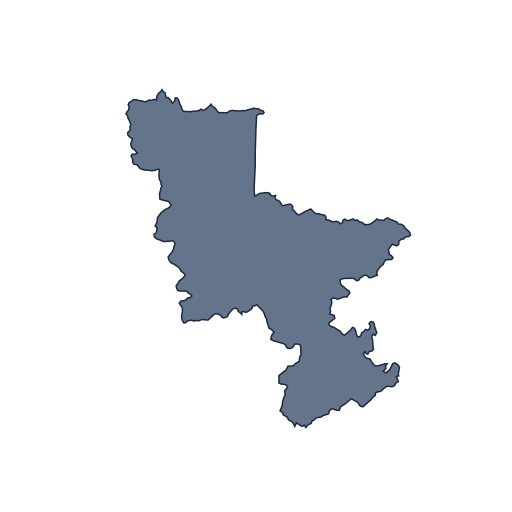 the district of Itaperuna, Rio de Janeiro, Brazil, rotated 209°
{"feature_id": "56859067B34570142953070", "entity_name": "Itaperuna", "entity_type": "district", "adm_level": 2, "iso_a3": "BRA", "parent_name": "Brazil", "parent_adm1": "Rio de Janeiro", "projection": "robinson", "projection_center": [-41.922, -21.215], "detail": "fine", "context": "isolated", "style": "filled", "palette": "slate", "viewbox_px": 512, "rotation_deg": 209, "n_neighbors": 0, "source": "geoboundaries", "source_scale": "gbopen_adm2", "svg_char_len": 6136}
<svg xmlns="http://www.w3.org/2000/svg" viewBox="0 0 512 512"><g transform="rotate(209 256 256)"><path d="M116.8,156.6L115.4,159.3L110.9,160.2L108.3,161.3L108.9,165.2L106.1,170.4L103.6,177.2L101.3,177.4L95.7,177.2L93.8,176.0L91.8,175.2L89.3,176.0L85.8,186.0L85.2,189.4L84.1,191.6L85.1,194.7L81.1,198.5L79.3,204.1L78.1,205.6L76.3,206.6L73.6,207.5L72.0,209.7L72.1,212.4L70.7,215.3L74.8,218.6L73.1,220.3L74.5,222.1L76.5,228.1L78.5,229.5L80.6,229.8L82.7,229.9L84.3,228.0L83.9,224.4L84.0,220.8L85.0,218.9L85.6,216.7L88.8,216.8L87.9,220.8L89.6,222.6L88.9,225.2L90.9,224.3L95.8,219.3L98.1,217.7L100.3,218.0L104.3,219.9L106.2,221.2L110.2,220.2L112.7,221.1L114.6,222.4L114.4,225.2L112.5,224.1L110.7,224.4L110.7,227.3L108.6,229.0L108.0,231.4L110.1,234.0L112.9,238.5L115.8,241.9L115.9,244.2L113.3,244.2L113.2,247.5L115.3,249.3L116.6,250.7L118.3,251.9L119.4,253.8L121.6,255.1L123.7,254.3L124.4,251.7L121.9,250.2L121.4,247.5L122.4,245.2L124.6,244.9L125.3,241.6L126.5,239.9L125.7,237.9L126.2,235.5L128.0,234.6L130.5,236.3L132.5,238.9L135.0,240.6L137.0,240.4L137.5,236.6L140.2,229.6L143.3,229.7L145.5,230.9L148.1,231.1L153.5,231.4L157.6,230.7L159.8,232.0L159.0,234.7L156.8,239.7L158.8,241.9L161.2,241.6L163.2,240.9L164.1,244.1L165.9,246.1L166.2,249.0L167.2,252.3L169.4,254.3L168.3,256.5L166.6,257.4L164.0,257.5L162.1,259.5L160.4,261.7L158.6,263.2L156.5,264.3L156.4,266.8L155.9,269.0L157.7,270.5L162.1,270.9L164.3,271.6L166.7,271.8L168.6,272.8L170.9,275.4L169.9,277.4L167.9,279.2L160.0,283.7L155.7,283.2L154.2,285.2L154.3,287.2L153.3,288.8L152.3,291.1L150.7,292.4L148.5,292.7L146.9,291.8L144.7,292.9L142.1,296.4L140.5,298.0L141.9,299.3L142.7,301.3L142.5,304.2L141.8,308.0L140.7,310.1L141.0,312.9L140.6,315.6L135.6,318.8L135.4,321.0L137.7,321.9L140.0,322.0L143.4,325.8L142.5,332.6L140.7,332.5L137.9,333.1L136.8,335.4L138.1,337.8L137.2,341.2L135.3,342.2L134.3,345.5L132.3,346.6L130.9,348.8L132.9,351.1L136.0,352.1L138.8,352.5L141.0,353.9L144.0,354.3L147.0,352.9L149.6,354.1L151.6,353.6L154.4,353.6L157.0,352.9L159.0,353.3L160.6,351.8L161.4,349.2L166.1,347.0L168.2,347.0L169.1,344.2L170.5,341.2L171.8,339.0L173.3,337.7L176.2,336.1L178.0,336.7L180.2,336.6L182.2,336.0L184.9,336.7L186.8,335.0L189.1,335.5L191.8,332.3L193.7,331.1L196.0,331.4L197.3,329.5L196.6,326.9L198.1,325.0L200.1,325.7L202.5,325.4L204.8,323.2L210.3,322.6L212.6,321.6L213.6,323.9L215.6,325.1L218.1,324.1L220.5,323.7L223.2,322.6L225.3,322.0L230.9,323.7L234.7,318.6L237.0,314.7L238.5,312.6L241.0,312.7L244.7,314.1L246.7,314.4L247.9,317.2L250.2,318.0L252.0,317.5L257.2,312.7L259.6,313.9L261.6,315.2L263.5,315.4L265.4,314.9L267.6,316.0L268.2,318.4L269.7,317.0L271.9,316.2L274.5,317.6L277.0,316.8L279.0,315.6L283.4,312.2L284.7,309.7L286.2,307.8L289.8,313.0L300.5,334.7L307.5,347.4L317.7,367.2L323.6,379.3L322.3,381.5L320.8,382.7L318.9,383.5L318.5,385.4L320.2,386.3L323.1,385.7L325.3,386.0L327.3,384.8L329.6,384.3L331.1,382.4L333.2,380.8L335.2,378.5L336.9,377.2L338.5,376.6L340.6,374.7L342.6,374.2L344.5,372.9L346.7,372.2L349.1,370.4L350.4,367.8L351.8,366.7L358.2,363.3L360.5,364.1L363.3,365.6L366.6,365.7L368.9,367.0L369.7,363.9L370.8,360.9L372.1,358.6L373.7,357.6L375.5,357.7L376.2,355.7L378.2,354.0L380.6,352.6L382.7,350.8L388.1,348.0L389.9,347.5L391.7,348.2L393.6,350.3L396.0,351.8L399.6,355.1L401.7,356.0L403.4,355.1L402.2,352.4L403.1,349.0L405.7,350.6L409.7,352.0L411.3,351.0L413.0,352.7L414.6,354.6L416.9,354.9L418.9,355.9L419.0,353.6L420.1,351.0L420.2,348.5L419.6,346.1L418.6,344.3L421.2,343.5L422.8,341.4L425.1,340.7L426.5,338.2L428.6,336.7L430.7,336.4L434.2,335.1L436.8,334.6L439.0,333.3L439.9,331.0L441.3,328.8L441.0,326.1L439.4,325.3L438.2,321.9L438.7,319.6L438.7,317.4L436.1,316.2L434.8,314.5L431.7,312.5L429.2,310.2L428.9,307.9L427.4,305.9L427.3,303.7L428.1,301.7L426.7,299.7L423.8,298.7L420.9,298.6L419.9,293.2L418.0,291.2L415.5,289.9L413.7,290.1L409.7,288.3L411.1,286.3L413.4,285.3L413.9,283.0L412.2,282.0L410.6,280.6L409.3,278.2L407.2,277.0L404.6,278.2L402.2,277.4L399.9,276.3L395.1,277.1L392.8,278.4L388.5,280.0L386.0,281.9L384.2,284.1L382.5,284.8L380.3,280.1L378.8,277.6L377.1,275.6L375.3,275.1L374.0,272.8L372.2,271.6L372.1,269.2L371.2,266.7L370.7,263.9L367.6,259.1L361.6,260.4L358.9,261.5L354.9,259.3L355.3,256.9L356.3,254.8L357.7,253.0L359.9,248.4L360.8,241.7L359.5,239.0L358.8,236.1L358.8,233.3L356.0,232.6L355.3,230.5L354.6,227.7L355.7,225.4L354.2,223.4L351.9,222.9L350.1,222.9L348.4,223.3L343.9,223.8L338.8,226.9L336.7,228.9L334.6,228.8L332.7,227.4L332.2,223.9L331.5,222.0L331.3,219.0L332.4,212.4L330.5,210.6L328.6,209.4L326.2,208.8L323.3,209.1L317.9,208.5L315.7,207.5L314.0,206.3L311.4,206.1L308.8,205.1L308.9,202.4L309.8,199.5L311.0,197.3L311.0,194.6L311.4,191.3L309.8,189.3L307.6,187.9L305.4,188.6L299.7,191.6L297.6,190.8L294.9,190.7L292.7,189.9L293.6,187.6L295.5,186.1L296.0,183.8L297.2,182.1L300.0,180.1L300.2,177.4L295.8,175.3L294.2,173.2L293.2,171.3L292.6,168.9L291.4,166.4L289.9,164.4L286.7,162.5L285.2,163.5L284.6,165.7L281.5,168.5L278.9,169.0L276.6,170.8L274.4,171.7L272.7,174.1L266.9,176.7L264.2,184.9L262.8,186.4L258.2,187.1L256.6,186.1L254.7,186.0L253.0,187.3L251.5,189.3L251.8,191.5L251.6,193.9L250.4,199.0L248.3,200.5L246.4,200.6L244.9,199.1L240.1,198.1L241.4,200.3L239.8,201.3L237.2,202.0L234.7,206.4L234.1,208.4L234.7,210.7L232.9,211.8L231.5,213.7L223.0,211.1L221.0,209.7L219.2,207.9L215.7,205.6L214.4,203.6L212.2,201.8L209.8,199.2L207.0,199.2L203.1,198.1L203.9,195.7L203.4,192.2L202.6,190.3L199.5,190.3L189.1,192.8L186.8,192.4L185.1,191.0L183.4,190.7L181.0,191.8L179.4,194.3L179.4,197.6L177.4,199.0L174.5,199.8L172.2,197.5L170.7,194.3L168.8,191.7L168.9,189.1L167.1,184.8L169.3,181.3L170.1,178.4L172.0,176.7L174.6,175.3L174.5,170.5L175.7,168.3L178.0,162.5L175.6,158.4L174.5,156.1L171.9,156.2L169.1,157.4L167.1,157.8L165.0,157.1L165.1,154.5L165.7,152.2L164.2,150.2L163.0,147.9L163.0,145.2L161.7,140.3L160.6,138.3L159.9,132.2L157.1,131.9L155.0,130.2L152.6,130.3L149.9,129.9L148.3,128.4L144.2,128.5L141.8,127.4L139.5,125.7L139.7,129.7L134.7,129.2L132.6,129.7L131.8,131.5L129.2,130.1L128.8,133.3L126.6,136.3L127.0,139.0L125.6,140.9L124.9,143.6L121.0,146.7L120.1,148.8L116.0,153.0L116.8,156.6Z" fill="#64748b" stroke="#1e293b" stroke-width="1.5"/></g></svg>